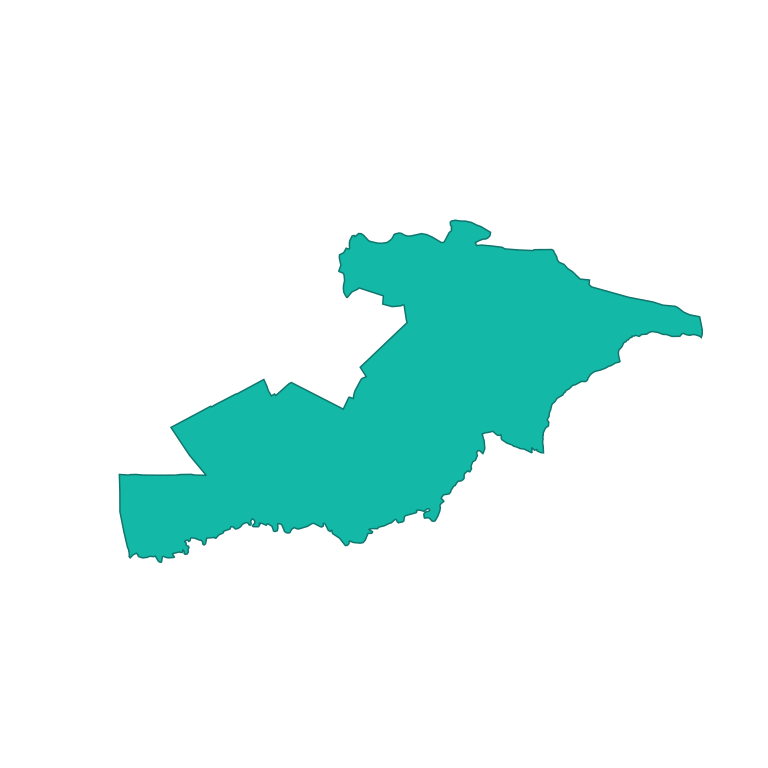 the district of Popesti, Vrancea, Romania, rotated 150°
{"feature_id": "2599482B83039942073934", "entity_name": "Popesti", "entity_type": "district", "adm_level": 2, "iso_a3": "ROU", "parent_name": "Romania", "parent_adm1": "Vrancea", "projection": "albers", "projection_center": [27.079, 45.583], "detail": "fine", "context": "isolated", "style": "filled", "palette": "teal", "viewbox_px": 768, "rotation_deg": 150, "n_neighbors": 0, "source": "geoboundaries", "source_scale": "gbopen_adm2", "svg_char_len": 6157}
<svg xmlns="http://www.w3.org/2000/svg" viewBox="0 0 768 768"><g transform="rotate(150 384 384)"><path d="M658.4,438.0L666.8,422.4L676.6,405.3L683.4,385.3L687.8,370.7L687.9,368.9L689.0,365.5L690.1,363.1L691.0,362.1L690.7,360.3L686.9,361.5L683.2,361.3L682.5,359.4L682.9,358.3L682.7,357.1L680.0,354.1L676.2,352.4L672.7,351.8L670.2,349.8L668.1,349.3L668.0,343.5L667.5,342.2L666.2,341.0L665.2,341.6L662.6,344.9L662.0,345.1L661.1,344.9L659.5,342.8L657.9,341.4L652.8,338.9L652.2,338.9L652.0,340.2L652.3,342.0L652.2,342.5L651.7,342.7L645.6,341.0L643.3,339.1L642.7,339.1L641.1,340.7L640.8,339.2L640.9,338.3L641.8,337.4L641.7,336.6L641.3,335.9L639.7,335.2L637.7,336.1L636.5,338.5L635.8,339.3L634.8,339.7L634.6,340.3L634.4,341.2L635.5,342.3L635.9,343.5L634.9,345.2L634.9,345.9L635.6,347.1L635.2,347.5L632.4,347.4L632.0,347.0L632.0,345.5L631.8,345.2L630.2,345.3L628.6,347.1L627.9,347.2L625.2,345.3L621.9,341.2L620.6,340.1L620.0,338.3L620.9,335.7L620.3,334.6L618.5,334.8L614.7,339.1L614.3,339.1L607.5,335.8L607.3,334.9L606.6,334.5L602.4,335.9L598.0,335.4L597.2,335.8L596.9,336.5L595.5,336.5L590.0,335.4L587.9,336.8L587.3,336.7L585.6,335.0L585.7,333.8L584.9,332.5L582.5,331.9L579.3,332.1L576.9,333.3L572.8,333.0L571.5,331.8L571.2,331.3L571.3,329.5L570.6,328.7L569.8,328.7L569.0,329.3L567.8,332.2L565.4,333.1L564.6,331.7L564.5,329.6L565.5,328.2L568.8,327.1L568.9,326.6L568.5,325.8L564.6,323.4L563.8,323.3L561.7,324.4L561.8,325.5L561.6,325.7L559.9,324.9L556.5,320.5L555.0,321.3L554.4,320.9L552.2,317.0L552.6,314.0L553.2,312.0L552.1,310.7L549.8,310.3L547.8,312.4L546.1,316.0L545.6,316.1L544.4,315.2L543.4,314.2L542.9,312.7L543.9,305.9L542.7,303.8L541.5,302.9L539.9,302.3L536.8,304.3L533.7,304.6L531.4,301.7L529.9,301.0L521.5,299.0L516.5,299.1L514.6,298.7L510.5,292.3L509.4,291.3L507.7,291.3L506.4,293.4L505.3,293.1L505.0,291.3L505.4,285.1L504.3,283.2L503.1,283.6L502.4,283.4L502.7,282.1L503.1,281.4L503.2,279.9L499.6,272.8L498.3,263.6L498.0,263.2L496.5,262.7L494.9,262.9L493.6,263.9L492.8,265.2L492.3,265.2L489.6,261.9L484.2,258.1L481.4,257.1L478.2,258.2L472.6,262.6L469.7,261.0L468.5,261.0L467.8,261.9L469.8,265.3L469.2,265.7L466.2,264.5L462.1,262.0L459.9,262.6L454.9,261.1L448.9,260.6L446.9,260.1L442.4,261.2L441.6,260.9L441.2,260.0L441.4,257.9L440.9,256.6L436.9,255.3L435.3,255.5L432.9,258.6L432.1,259.0L430.9,259.2L420.7,256.5L419.5,256.9L419.3,258.0L418.2,258.2L415.6,256.4L412.9,253.7L408.9,254.3L407.7,253.6L407.2,252.9L407.6,251.8L408.4,251.4L411.6,252.2L413.5,252.1L414.7,251.2L416.0,248.0L415.7,247.4L412.6,246.2L411.6,244.6L411.0,241.5L410.4,240.8L408.6,239.9L408.0,240.0L403.4,242.7L399.5,245.8L397.1,248.6L396.3,250.9L394.1,252.0L391.0,252.3L390.8,252.8L391.1,254.7L391.7,256.1L390.7,257.1L387.9,258.2L382.5,256.3L380.1,257.2L379.8,258.0L375.5,260.3L374.2,260.7L372.9,260.5L371.2,261.7L368.3,262.7L365.6,261.5L362.9,261.7L361.6,262.5L360.2,265.0L359.1,266.1L355.0,266.9L354.5,266.5L354.5,265.9L354.0,265.3L353.3,265.1L350.6,266.8L349.6,269.5L346.0,272.3L343.0,272.2L338.9,275.3L338.2,278.3L336.4,279.2L334.8,278.8L334.3,278.0L333.2,274.3L332.1,275.0L328.9,277.8L325.7,284.7L324.0,291.6L320.2,291.0L318.7,290.2L313.3,288.5L311.9,284.0L311.1,282.7L309.7,281.7L308.1,281.5L308.1,280.9L309.8,278.1L309.7,276.6L307.0,271.2L303.4,267.0L302.9,265.4L300.5,263.0L298.3,259.9L295.2,257.6L290.7,250.9L290.1,250.8L288.9,252.9L288.4,254.6L287.9,254.8L286.7,251.4L284.5,250.9L284.9,249.8L284.3,248.7L282.3,246.0L280.3,244.6L277.0,251.0L276.4,252.9L275.0,255.4L273.5,257.1L273.2,258.6L272.1,259.5L270.5,262.0L267.0,264.6L265.5,265.2L262.5,265.5L260.4,268.6L260.6,270.6L260.1,271.8L257.2,273.5L255.0,276.6L252.8,278.1L249.5,281.7L248.0,282.7L245.0,283.2L241.2,285.1L234.5,285.1L233.3,286.0L230.8,286.5L229.8,287.3L225.7,287.3L221.2,288.5L218.9,287.7L211.6,287.5L208.6,285.5L206.9,285.4L205.6,285.9L204.4,287.1L200.6,288.9L197.3,289.5L194.6,289.3L189.8,287.9L184.2,287.0L180.5,287.0L178.2,286.4L173.1,286.5L169.4,285.4L168.4,285.5L166.8,290.8L165.6,293.6L163.7,295.9L159.2,297.4L155.8,299.8L153.0,299.8L151.8,300.5L150.5,300.1L148.0,301.0L145.9,300.5L145.3,301.4L143.3,300.4L141.8,300.4L139.1,297.6L136.3,298.1L131.4,295.8L128.5,296.1L125.4,295.3L121.1,291.8L117.6,287.5L114.5,285.5L110.8,281.2L104.0,277.4L100.6,278.5L99.5,278.1L97.3,275.3L94.6,273.1L92.5,272.7L89.9,271.2L86.5,267.3L86.0,265.6L83.6,267.9L81.2,272.0L77.0,284.4L84.9,291.3L88.6,296.5L91.3,303.2L93.0,305.7L103.0,312.8L109.9,320.4L128.8,336.8L155.7,364.3L156.7,367.6L154.0,371.3L161.7,376.8L164.7,387.3L167.2,392.1L168.3,397.6L171.6,402.0L171.7,405.4L170.8,407.8L170.8,413.3L170.4,414.6L171.4,416.5L186.0,424.8L187.3,425.3L188.0,424.9L199.8,432.4L211.7,440.5L213.3,443.3L221.1,449.2L230.0,455.5L234.6,457.7L234.2,460.8L229.0,460.5L225.4,459.8L223.1,458.6L221.0,458.6L218.8,459.1L217.7,459.9L215.9,462.1L221.4,471.9L224.2,475.2L227.6,480.3L232.0,484.3L236.7,487.2L240.3,490.1L244.0,491.4L245.4,491.2L246.2,490.1L247.0,488.1L246.8,486.0L248.0,485.1L248.4,483.7L249.1,483.0L251.8,482.6L260.1,477.3L261.4,476.9L262.6,477.2L263.6,477.9L268.9,487.3L272.4,492.1L276.4,495.5L286.8,498.8L289.7,500.4L292.0,502.9L293.6,505.7L295.4,507.2L299.0,508.3L300.5,508.4L303.8,506.2L306.3,505.4L310.6,505.0L315.1,506.8L318.6,508.8L323.9,513.6L325.7,515.8L327.3,523.0L328.6,525.6L330.8,527.0L335.3,526.1L335.6,527.6L337.7,528.1L342.2,525.1L344.1,522.4L345.9,518.8L347.1,518.5L348.8,520.5L353.2,517.9L358.0,518.1L359.7,515.4L361.7,509.1L362.6,507.8L366.7,504.4L366.7,503.9L364.2,500.8L363.9,499.8L364.2,498.1L366.4,493.3L369.6,489.8L371.4,487.1L372.9,483.7L373.1,480.6L373.0,477.7L372.5,477.3L365.7,479.8L359.2,479.3L357.6,479.7L340.5,460.7L345.1,453.8L338.2,446.9L330.5,443.3L328.1,443.1L327.2,442.2L332.7,428.0L333.3,425.6L396.2,410.4L395.7,399.2L400.2,399.8L401.4,399.5L412.1,392.9L414.6,390.7L417.9,386.8L420.7,390.0L421.2,390.0L431.8,382.6L463.5,431.6L466.3,431.7L483.5,428.1L483.8,430.1L487.5,430.0L487.5,436.2L486.6,440.2L485.8,448.0L516.1,448.9L517.3,449.4L541.9,450.5L544.4,450.2L545.2,451.4L590.2,452.9L588.1,419.7L583.7,394.2L584.1,394.1L593.3,399.7L596.2,402.2L605.4,407.3L609.9,409.2L623.1,416.7L637.7,425.3L644.2,429.8L649.5,432.6L650.7,432.8L658.4,438.0Z" fill="#14b8a6" stroke="#0f766e" stroke-width="1.5"/></g></svg>